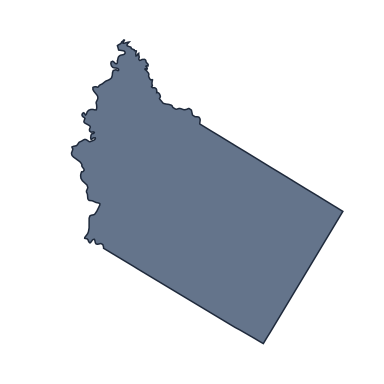 the border of Indiana, rotated 121°
{"feature_id": "USA-3547", "entity_name": "Indiana", "entity_type": "State", "adm_level": 1, "iso_a3": "USA", "parent_name": "United States of America", "parent_adm1": "", "projection": "robinson", "projection_center": [-86.788, 39.771], "detail": "fine", "context": "isolated", "style": "filled", "palette": "slate", "viewbox_px": 384, "rotation_deg": 121, "n_neighbors": 0, "source": "natural_earth", "source_scale": "10m", "svg_char_len": 5246}
<svg xmlns="http://www.w3.org/2000/svg" viewBox="0 0 384 384"><g transform="rotate(121 192 192)"><path d="M285.3,57.1L285.3,62.6L285.4,68.2L285.5,74.4L285.6,80.0L285.9,85.2L285.9,90.9L285.9,96.5L285.9,102.2L285.9,107.9L285.9,113.5L285.9,119.2L285.9,124.9L285.9,130.6L285.9,136.2L285.9,141.9L285.9,147.6L285.9,153.2L285.9,158.9L285.9,164.6L285.9,170.3L285.9,175.9L285.9,181.7L285.9,187.4L285.9,193.1L285.9,198.8L285.8,204.5L285.8,210.2L285.8,216.0L285.8,221.7L285.8,227.4L285.8,233.1L285.8,238.8L284.7,239.5L283.0,241.4L283.1,243.6L284.7,245.2L285.6,246.3L285.9,247.5L285.3,248.7L283.3,250.6L282.8,251.3L283.5,252.2L284.4,252.6L286.9,252.8L288.2,253.2L288.1,254.2L287.4,255.5L286.6,256.4L286.2,257.8L287.0,260.1L286.2,260.5L281.5,260.0L279.5,260.3L275.8,261.7L267.4,266.7L265.1,267.2L263.9,266.5L262.0,264.4L260.9,263.9L257.3,263.7L250.6,264.3L249.5,264.9L249.5,266.2L250.0,267.7L250.4,268.7L250.9,273.0L252.2,275.8L251.9,277.1L251.1,278.1L248.0,280.3L247.2,281.2L246.4,282.4L245.5,283.0L243.0,283.3L241.8,283.6L240.1,285.6L238.8,291.8L237.5,294.2L235.5,295.8L234.3,296.4L232.1,297.0L231.5,297.0L231.2,296.4L230.9,296.1L230.2,295.8L229.4,295.7L228.8,295.7L228.0,296.5L226.8,299.4L226.2,300.0L225.2,300.5L224.5,301.8L223.9,303.3L223.7,304.8L223.1,311.5L222.6,313.3L222.2,314.0L221.7,314.5L221.2,315.0L220.5,315.4L217.7,315.9L216.4,316.4L215.8,317.6L215.2,318.1L214.0,317.2L211.8,314.9L210.5,314.6L207.6,314.4L206.4,313.7L205.5,313.0L203.2,311.8L202.2,311.1L201.7,310.1L201.6,309.0L201.8,306.0L201.3,305.2L198.3,302.9L197.2,302.4L196.0,302.3L195.4,302.8L196.1,304.1L197.2,304.8L198.4,305.1L198.9,305.6L197.9,306.7L195.4,307.8L194.1,307.9L193.4,307.7L193.1,307.0L192.8,306.7L192.1,306.4L191.4,306.3L191.1,307.0L191.4,307.7L192.4,308.9L192.7,309.6L192.5,311.1L191.5,312.0L190.2,312.4L188.9,312.5L188.2,313.1L187.9,314.6L188.1,319.3L187.9,320.3L187.2,321.0L184.0,321.7L183.7,322.7L183.7,324.1L183.2,325.5L182.0,326.3L180.6,326.2L179.8,325.6L180.2,324.3L180.9,322.9L179.8,322.6L177.2,323.1L175.2,322.7L173.4,321.3L172.2,319.4L171.7,317.6L170.8,316.3L168.7,317.1L166.4,318.7L165.1,320.0L164.3,320.4L161.0,320.7L159.9,321.1L159.1,321.7L158.4,322.4L157.8,323.6L156.2,328.0L155.2,329.7L153.4,330.8L152.8,330.4L152.3,330.0L151.4,328.9L151.1,328.2L151.0,327.4L150.7,326.7L150.0,326.5L148.9,326.4L148.1,326.2L147.5,325.9L145.5,324.6L141.5,323.1L140.5,322.4L139.4,321.5L138.1,320.7L136.8,320.1L135.5,319.8L133.1,320.4L130.7,321.6L128.4,322.1L126.4,320.2L126.3,319.5L126.3,318.4L126.0,317.8L125.6,317.6L125.1,317.7L124.6,318.2L124.4,319.1L124.7,320.6L125.7,322.7L126.0,324.1L125.4,326.0L123.9,327.6L122.2,328.3L120.8,327.4L120.7,326.4L121.3,324.1L121.2,323.1L120.5,322.5L119.5,322.6L118.6,323.1L118.0,323.6L117.5,323.6L115.2,324.4L114.0,324.6L112.7,324.3L111.7,323.8L110.8,322.9L109.9,321.9L108.8,321.0L107.6,320.8L106.6,321.4L106.1,322.9L106.4,323.8L108.1,328.0L105.4,330.8L105.1,331.3L104.0,331.0L102.0,329.8L101.0,329.4L99.6,329.6L98.3,329.0L97.2,328.9L96.8,328.8L96.6,328.4L96.6,328.1L96.8,328.0L98.5,328.1L99.3,328.0L100.0,327.7L99.6,326.9L96.8,324.3L95.8,323.1L98.4,323.6L99.0,323.6L99.9,323.1L100.1,322.6L99.9,321.9L99.8,321.0L99.4,319.5L99.4,318.7L100.0,318.3L100.3,317.8L100.2,316.8L100.0,315.6L99.8,314.9L100.5,314.1L99.7,312.4L100.4,312.0L101.4,311.9L102.4,311.4L103.4,310.8L104.2,310.1L103.4,309.4L101.5,309.5L100.6,309.1L102.0,308.2L103.2,307.0L103.8,306.6L105.1,306.3L105.6,306.0L106.2,304.7L105.5,303.9L104.4,303.3L103.8,302.7L103.6,302.2L103.2,301.8L102.8,301.2L102.7,300.5L102.9,299.6L103.3,299.1L103.8,298.7L104.3,298.1L104.7,297.0L105.0,295.8L105.6,295.0L106.7,294.7L106.7,295.1L107.3,296.0L107.9,296.3L108.4,295.0L108.8,294.4L109.2,293.9L109.6,293.7L109.9,294.0L110.0,294.7L110.3,295.4L110.8,295.7L111.2,295.3L111.3,294.5L111.4,293.6L111.6,293.0L112.0,292.2L112.5,290.6L113.0,289.9L113.5,289.5L114.6,289.1L115.0,288.9L115.9,287.8L116.8,286.4L117.1,284.9L116.2,284.1L116.2,283.6L118.0,283.0L119.8,282.1L120.3,281.7L120.9,281.0L121.3,280.7L121.9,280.7L122.2,281.0L122.5,281.0L122.9,280.3L122.9,279.4L122.0,278.0L121.8,276.9L122.0,275.8L122.6,275.0L123.4,274.4L124.1,274.0L123.8,274.0L124.0,273.8L124.2,273.6L124.4,273.4L124.6,273.0L124.3,271.6L124.8,270.2L125.7,269.0L126.6,268.2L127.2,268.1L128.0,268.1L128.7,268.0L129.0,267.5L130.8,262.3L130.0,259.6L128.8,256.9L128.2,254.3L128.4,253.4L129.2,252.3L129.4,251.6L129.4,248.7L129.0,247.8L127.3,246.4L126.7,245.6L126.3,244.4L125.8,241.8L125.2,240.5L123.5,238.8L122.6,238.3L122.2,238.0L121.9,237.4L122.1,234.7L125.8,231.2L125.9,228.2L124.6,225.8L124.3,224.6L124.9,223.2L126.0,222.1L129.4,220.6L129.7,220.3L129.7,217.6L129.8,207.4L129.8,197.2L129.9,187.0L130.0,176.9L130.0,166.8L130.1,156.7L130.2,146.6L130.3,136.4L130.3,126.3L130.4,116.2L130.5,106.1L130.6,96.0L130.6,85.9L130.7,75.8L130.8,65.7L130.9,55.6L130.9,52.7L138.7,52.7L144.6,52.7L147.5,52.7L147.9,52.7L148.7,52.7L149.0,52.7L153.4,52.7L157.9,52.7L162.3,52.7L166.7,52.7L171.1,52.7L175.5,52.7L179.9,52.7L184.3,52.7L188.7,52.7L193.1,52.7L197.6,52.7L202.0,52.7L206.4,52.7L210.8,52.7L215.2,52.7L219.6,52.7L224.0,52.7L228.4,52.7L232.9,52.7L237.3,52.7L241.7,52.7L246.1,52.7L250.5,52.7L254.9,52.7L259.3,52.7L263.7,52.7L268.1,52.7L272.6,52.7L277.0,52.8L281.4,52.8L285.2,52.8L285.3,57.1Z" fill="#64748b" stroke="#1e293b" stroke-width="1.5"/></g></svg>